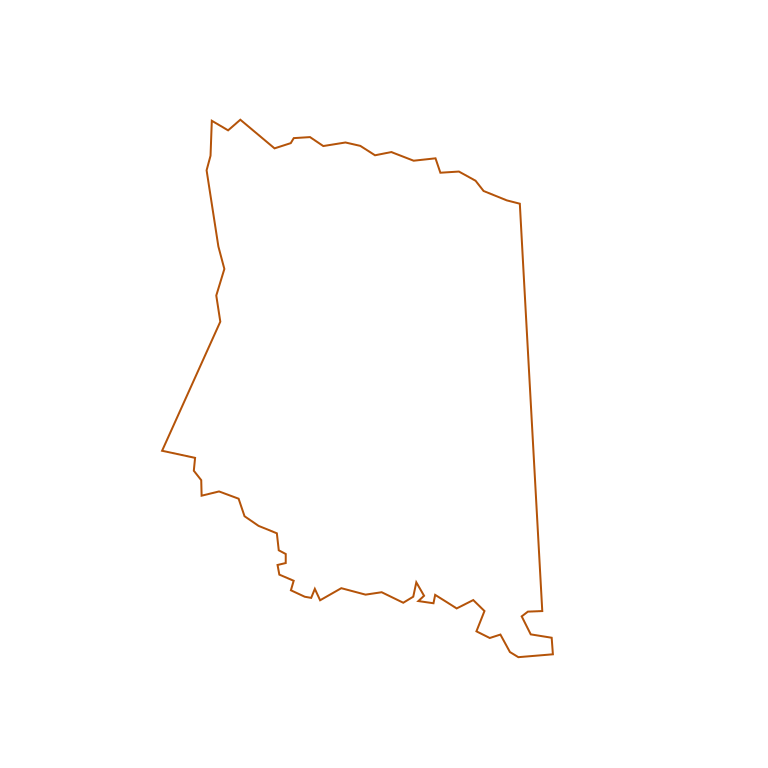 Leon, Texas, United States of America, rotated 115°
{"feature_id": "52423323B32398895201359", "entity_name": "Leon", "entity_type": "district", "adm_level": 2, "iso_a3": "USA", "parent_name": "United States of America", "parent_adm1": "Texas", "projection": "mercator", "projection_center": [-95.92, 31.314], "detail": "fine", "context": "isolated", "style": "outline", "palette": "amber", "viewbox_px": 768, "rotation_deg": 115, "n_neighbors": 0, "source": "geoboundaries", "source_scale": "gbopen_adm2", "svg_char_len": 1054}
<svg xmlns="http://www.w3.org/2000/svg" viewBox="0 0 768 768"><g transform="rotate(115 384 384)"><path d="M165.7,350.4L167.0,375.3L161.1,386.9L159.8,405.9L168.7,422.2L157.7,432.7L169.1,451.5L170.7,475.4L180.5,488.8L178.2,506.1L181.4,521.0L194.0,539.6L191.5,555.4L199.3,569.7L205.1,570.3L216.7,582.8L205.2,625.9L220.0,632.5L218.2,651.3L250.4,637.7L265.3,635.1L329.4,592.2L347.2,577.3L374.7,573.4L396.7,558.7L538.3,556.9L530.8,524.0L543.0,519.7L548.4,509.0L562.3,502.1L551.1,488.1L549.4,467.3L562.8,454.5L565.6,437.7L564.6,418.0L579.2,409.1L579.6,401.2L587.8,397.4L593.0,404.0L601.0,398.3L600.5,382.7L610.3,381.2L610.3,365.9L608.6,359.6L598.9,360.1L607.0,350.5L587.1,336.4L582.7,311.7L573.7,298.1L574.1,274.1L564.4,267.6L550.1,270.9L559.0,258.2L566.2,261.1L561.8,246.5L553.5,248.5L555.2,234.7L556.7,223.3L542.1,211.8L547.3,197.0L569.1,195.7L569.5,180.8L561.9,172.6L573.7,156.6L574.8,146.8L557.6,116.7L543.1,124.8L548.9,145.2L536.4,161.0L529.5,157.4L522.9,144.6L221.2,306.1L163.2,337.1L165.7,350.4Z" fill="none" stroke="#b45309" stroke-width="2"/></g></svg>